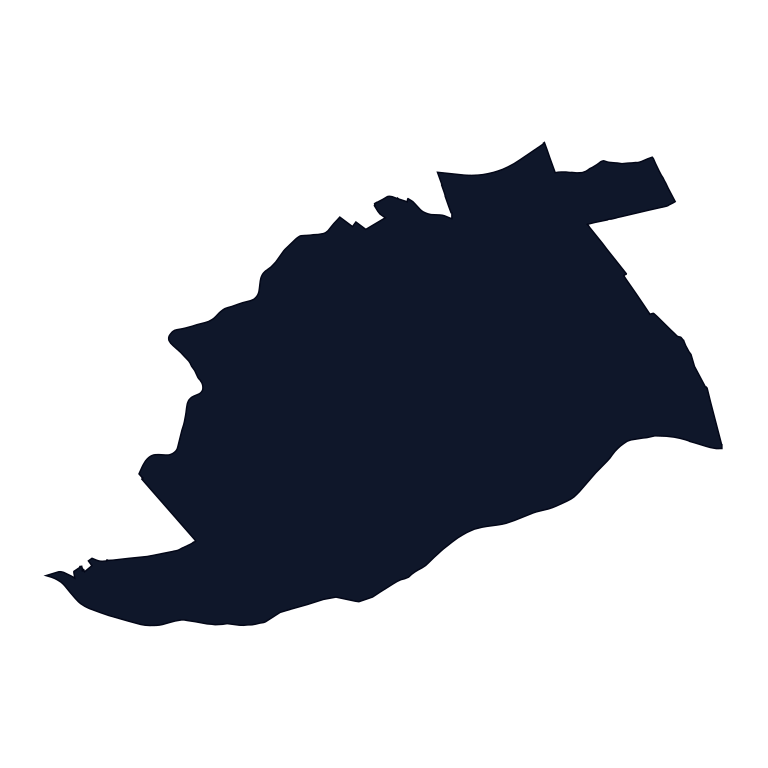 Krimpenerwaard, Zuid-Holland, Netherlands
{"feature_id": "6326949B8164801118031", "entity_name": "Krimpenerwaard", "entity_type": "district", "adm_level": 2, "iso_a3": "NLD", "parent_name": "Netherlands", "parent_adm1": "Zuid-Holland", "projection": "albers", "projection_center": [4.738, 51.956], "detail": "fine", "context": "isolated", "style": "filled", "palette": "ink", "viewbox_px": 768, "rotation_deg": 0, "n_neighbors": 0, "source": "geoboundaries", "source_scale": "gbopen_adm2", "svg_char_len": 5968}
<svg xmlns="http://www.w3.org/2000/svg" viewBox="0 0 768 768"><path d="M626.3,273.7L606.7,249.0L602.8,243.8L589.6,227.4L588.3,225.4L587.3,224.3L588.1,223.9L589.0,223.9L595.0,222.4L607.3,219.9L607.3,219.7L607.6,219.6L610.9,218.8L611.1,218.8L611.1,219.1L612.5,218.8L616.2,217.9L617.7,217.4L621.0,216.7L648.6,210.2L666.7,206.1L668.0,205.6L669.0,204.9L673.0,202.9L675.2,201.6L668.0,187.9L665.8,183.2L664.4,180.7L663.0,177.8L661.3,175.2L659.2,171.2L655.4,163.3L653.5,158.9L652.9,158.0L652.5,157.5L652.4,157.5L652.2,157.2L647.5,158.9L641.5,161.5L639.0,162.3L637.2,162.6L635.9,162.5L633.8,162.7L632.3,162.9L628.0,163.1L621.9,163.7L617.4,163.0L615.4,162.9L608.9,162.3L607.5,162.0L603.8,160.8L603.3,160.8L601.4,161.4L600.5,161.9L599.0,163.1L596.8,164.7L592.2,167.5L589.8,168.6L587.8,170.1L585.9,171.3L582.3,172.6L576.9,172.9L571.7,172.4L570.5,172.5L569.0,172.4L565.9,172.0L561.5,172.0L558.2,172.2L555.2,172.7L554.3,170.2L549.8,157.8L547.1,149.9L544.4,142.5L543.4,143.2L543.6,143.8L520.2,159.7L514.0,163.7L508.0,166.9L502.8,169.3L498.0,171.0L493.5,172.4L487.9,173.7L483.0,174.6L478.2,175.1L471.8,175.4L467.3,175.3L464.1,175.1L437.5,172.3L442.0,184.8L442.0,185.1L441.7,185.2L444.1,192.0L445.0,194.8L445.1,195.3L445.1,195.7L445.2,196.3L448.7,206.3L451.1,212.8L451.9,212.9L451.9,213.5L451.9,218.6L450.3,218.2L444.5,215.8L442.6,215.3L440.3,215.0L431.0,214.6L427.8,213.8L425.4,212.9L423.1,211.8L421.4,210.6L419.8,209.1L415.3,204.2L413.0,201.8L411.6,200.8L408.1,198.7L407.9,199.0L407.7,199.0L407.2,201.8L398.7,199.0L397.5,198.1L397.3,198.6L392.5,196.8L391.6,196.6L389.5,196.3L388.4,196.4L387.4,196.6L383.1,199.2L377.2,202.3L376.9,202.3L376.7,202.8L376.3,202.6L374.6,203.6L374.8,204.3L375.1,205.0L374.8,205.1L375.0,205.6L374.5,205.8L377.8,211.2L380.0,214.0L385.3,217.8L365.8,229.4L355.9,222.0L352.5,226.6L339.8,217.1L337.2,220.0L333.9,223.5L331.5,226.4L328.1,230.7L326.0,232.4L324.7,233.1L323.3,233.6L318.1,234.5L313.6,234.7L310.0,235.2L306.8,235.4L304.4,235.5L301.7,235.7L300.8,235.8L299.7,236.2L297.4,237.7L295.7,239.1L285.0,249.4L283.7,250.9L281.4,254.1L279.0,257.5L275.7,262.1L271.0,267.0L269.8,267.9L265.4,271.1L264.1,272.4L263.2,273.4L262.4,274.6L261.9,275.6L261.4,276.7L260.9,278.1L260.3,281.0L259.9,284.2L259.4,288.4L259.1,290.5L258.8,292.2L257.9,294.6L256.7,296.5L255.5,297.8L254.1,299.1L252.7,299.8L250.5,300.7L242.7,302.7L238.2,304.2L231.8,306.5L227.8,307.6L224.9,308.6L223.1,309.7L220.8,311.5L219.4,312.7L215.8,316.5L214.0,318.2L212.2,319.5L208.6,321.5L204.8,322.7L196.9,324.7L192.3,326.2L185.2,328.1L182.1,328.8L176.9,329.7L174.7,330.3L172.8,331.5L171.9,332.3L170.2,334.4L169.4,335.6L169.0,336.5L168.7,337.7L168.7,338.2L168.7,339.0L168.9,340.2L169.3,341.0L169.8,341.8L170.7,343.2L173.3,345.8L180.7,352.4L184.4,356.4L188.7,360.9L190.1,363.0L191.6,366.2L194.7,370.5L197.8,377.2L198.3,378.0L198.6,378.5L200.2,380.2L200.9,381.4L201.8,382.7L202.5,384.6L202.8,386.1L202.9,387.6L202.8,389.1L202.5,390.2L202.1,391.0L201.5,391.9L200.4,393.1L198.9,394.0L193.9,396.1L191.8,397.2L190.6,398.2L189.2,399.7L188.7,400.4L188.0,401.9L187.4,403.5L187.1,404.9L186.6,407.9L186.0,412.8L185.5,415.9L184.4,421.7L183.7,424.6L181.9,430.3L177.7,447.3L177.1,449.1L176.1,450.7L174.7,452.1L173.1,453.3L171.5,454.1L169.5,454.8L168.4,455.0L165.3,455.0L158.8,454.6L155.7,454.7L153.9,454.9L152.7,455.3L151.4,455.8L150.2,456.5L148.8,457.5L147.3,458.9L145.5,461.0L144.4,462.8L143.1,465.0L142.1,467.0L139.0,473.9L141.1,476.3L142.7,477.8L142.1,478.1L142.7,479.0L142.0,479.3L150.0,488.5L167.0,507.9L194.6,539.5L195.7,541.2L195.2,541.6L194.1,542.1L193.6,542.1L193.3,542.3L193.5,542.5L190.3,544.3L181.7,548.3L180.0,549.3L178.2,550.2L176.0,550.8L174.1,551.1L172.6,551.5L147.3,556.5L128.4,558.4L112.7,560.2L108.2,560.4L107.0,559.9L106.8,560.2L106.8,560.9L102.5,561.3L100.4,561.2L98.4,560.8L98.5,560.8L96.6,560.2L92.0,558.3L88.4,560.9L91.9,565.7L84.6,571.8L83.9,571.0L83.8,570.6L84.0,570.2L83.7,569.7L82.4,570.7L82.3,570.2L82.7,569.8L82.4,568.4L82.0,568.5L81.7,566.3L80.1,566.5L80.2,566.9L79.9,567.0L80.0,567.3L73.9,571.4L73.9,572.9L74.3,575.1L74.7,578.1L71.4,576.1L63.7,572.4L61.7,571.9L60.2,571.7L58.6,571.8L46.1,575.6L51.5,577.2L54.8,578.5L57.3,579.8L61.1,582.2L63.2,584.1L64.7,585.7L70.4,592.7L75.2,598.3L78.5,601.8L80.6,603.6L84.8,606.3L87.4,607.6L89.8,608.7L100.4,612.6L108.8,615.5L128.0,621.0L137.9,623.7L140.9,624.5L145.1,625.2L149.7,625.5L156.0,625.4L159.3,625.1L162.5,624.5L168.8,622.7L175.1,621.0L181.6,619.9L184.0,619.9L187.2,620.5L195.3,621.7L207.2,623.9L211.5,624.2L215.2,624.7L222.6,624.3L227.2,623.6L239.5,625.2L243.5,625.3L247.6,624.9L252.0,624.8L255.8,624.1L259.8,623.1L263.7,622.5L265.5,621.8L280.1,612.4L291.4,609.0L307.4,604.5L323.4,599.4L336.0,597.1L355.4,601.2L358.9,601.7L372.6,597.0L380.0,592.1L393.5,583.6L397.0,581.5L400.8,579.7L404.7,578.7L408.6,577.1L411.6,574.3L414.9,571.9L418.0,570.0L422.1,567.8L425.6,565.5L428.6,562.7L434.1,557.3L440.9,551.1L443.4,548.9L452.4,541.8L457.7,537.9L461.9,535.3L466.8,532.5L474.1,529.2L482.0,527.2L486.7,526.4L497.9,524.9L502.1,524.2L506.0,523.3L514.5,520.4L532.6,513.1L536.2,511.9L540.6,510.8L548.5,508.9L552.4,507.6L556.1,506.1L566.8,501.2L570.8,499.1L573.9,497.0L576.9,494.2L579.7,491.3L595.7,472.8L607.2,461.1L609.9,458.1L612.1,455.0L614.9,451.4L617.7,448.5L620.4,446.0L623.9,443.4L627.2,441.2L630.9,439.9L642.9,438.0L646.9,437.6L654.9,435.8L666.2,436.2L674.1,437.1L680.0,438.3L685.3,439.7L689.3,441.0L689.4,441.3L694.7,442.8L706.4,446.4L710.3,447.5L716.4,448.6L721.9,448.5L721.9,444.8L721.7,444.8L721.4,443.8L710.6,402.3L707.1,388.1L706.3,387.2L706.1,387.5L705.3,386.8L694.9,367.2L694.7,367.2L691.0,354.5L688.8,351.5L687.5,349.0L685.7,345.7L684.0,341.5L683.6,340.9L683.7,340.4L683.0,339.9L681.4,337.9L680.7,337.2L678.2,336.6L677.5,336.3L677.0,336.0L674.4,333.4L670.9,330.1L657.1,316.5L654.9,314.5L654.0,313.7L653.2,313.3L649.6,314.3L649.4,313.6L649.5,313.5L648.4,312.0L648.3,311.8L643.7,304.9L636.1,293.7L626.3,279.6L623.8,275.8L623.9,275.5L624.4,275.2L624.6,274.9L626.1,274.3L626.3,273.7Z" fill="#0f172a" stroke="#020617" stroke-width="1.5"/></svg>